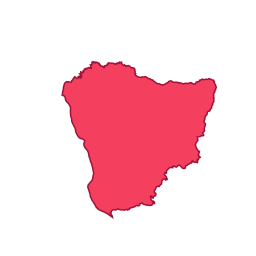 the district of Uruguaiana, Rio Grande do Sul, Brazil, rotated 301°
{"feature_id": "56859067B5224515262933", "entity_name": "Uruguaiana", "entity_type": "district", "adm_level": 2, "iso_a3": "BRA", "parent_name": "Brazil", "parent_adm1": "Rio Grande do Sul", "projection": "equal_earth", "projection_center": [-56.694, -29.802], "detail": "fine", "context": "isolated", "style": "filled", "palette": "rose", "viewbox_px": 256, "rotation_deg": 301, "n_neighbors": 0, "source": "geoboundaries", "source_scale": "gbopen_adm2", "svg_char_len": 5896}
<svg xmlns="http://www.w3.org/2000/svg" viewBox="0 0 256 256"><g transform="rotate(301 128 128)"><path d="M166.9,66.6L166.9,65.9L167.2,65.2L167.0,64.2L166.7,64.5L166.3,63.9L165.3,64.3L165.3,63.5L164.4,64.2L163.8,64.3L163.2,64.0L162.9,63.4L162.6,64.0L162.0,64.0L161.1,64.3L160.8,65.6L160.1,65.7L160.1,65.1L159.7,64.4L159.4,63.0L158.9,62.8L158.2,62.3L157.4,61.2L156.8,61.0L156.8,61.7L156.4,61.4L156.2,60.4L154.9,60.5L154.0,60.2L153.7,60.9L153.2,61.1L152.5,60.2L152.2,60.6L151.8,60.6L151.7,58.6L150.3,59.3L149.8,60.1L149.5,59.3L149.3,60.2L148.9,59.8L148.6,60.3L148.5,60.9L148.6,61.5L148.2,61.9L147.0,61.7L146.9,60.9L146.4,61.4L146.1,60.1L146.4,59.6L147.1,60.0L147.2,59.4L146.5,58.9L146.1,58.9L145.4,59.6L145.0,59.5L144.6,59.1L144.3,58.6L144.3,58.0L144.6,56.8L144.4,55.9L142.7,55.7L140.4,55.8L139.7,55.4L137.9,55.6L137.5,55.2L137.0,53.2L136.3,51.9L135.7,51.3L134.5,50.8L133.3,50.7L129.4,51.8L127.6,52.8L126.3,53.0L123.6,54.2L122.3,54.5L122.3,55.3L122.6,56.3L122.3,57.9L119.8,60.2L118.8,62.2L118.6,63.5L118.2,64.8L117.3,66.3L116.2,68.0L114.8,68.9L113.0,69.8L110.4,71.5L108.8,72.8L106.6,75.1L104.6,76.5L101.9,80.5L100.7,82.7L97.6,85.5L96.4,87.2L95.1,89.6L94.6,91.2L94.5,92.6L94.9,93.5L95.2,95.0L95.1,96.6L94.7,97.6L91.9,98.2L90.4,99.2L88.8,101.6L88.2,103.6L87.5,105.3L85.7,107.6L84.0,108.8L83.0,109.9L82.2,111.1L80.5,112.7L78.6,115.1L76.1,117.8L71.4,122.0L68.6,122.9L65.7,124.0L64.5,124.1L58.6,123.2L56.6,124.0L51.9,129.5L49.9,131.0L47.6,134.4L45.2,139.2L43.7,141.7L43.0,144.5L43.2,147.4L43.8,151.1L43.9,154.5L43.5,160.7L44.5,159.8L45.2,158.2L45.6,157.8L45.9,156.6L46.3,157.0L46.8,157.1L47.4,156.7L48.7,156.6L50.2,157.3L50.9,158.4L51.3,159.4L51.7,160.0L53.4,160.8L53.6,162.2L54.2,164.1L55.1,165.6L55.7,167.1L57.7,168.9L57.4,169.8L59.0,171.0L59.7,170.5L64.0,174.3L66.1,175.2L66.2,175.9L66.5,176.7L67.3,177.7L68.2,177.6L68.6,177.1L71.0,178.6L70.9,179.1L70.6,180.3L71.3,183.1L73.1,187.1L74.1,188.0L75.1,188.5L75.4,188.3L76.2,188.2L76.8,188.3L76.9,189.4L77.3,189.5L77.7,189.3L78.3,188.2L78.3,187.6L77.5,187.9L77.4,187.2L77.9,186.7L78.0,185.8L78.6,184.6L79.3,183.7L79.7,183.6L80.8,182.6L81.4,182.7L81.7,183.3L81.0,183.6L80.7,185.1L80.9,185.6L82.3,185.1L84.1,186.4L84.7,186.4L86.0,185.8L86.3,185.3L86.3,184.7L86.4,184.0L87.0,183.2L87.8,183.0L89.7,183.0L91.7,182.7L92.6,182.9L93.2,183.3L94.0,184.9L94.7,184.8L95.2,184.9L97.1,185.5L98.6,185.1L99.7,184.4L100.5,184.2L102.6,184.7L103.3,185.8L102.8,187.2L103.3,187.3L103.8,186.8L104.3,187.0L104.3,187.8L105.2,186.9L106.2,185.4L106.5,184.2L106.6,183.5L106.9,183.0L107.9,183.1L108.6,182.8L108.9,184.0L109.3,184.2L110.1,183.5L111.1,183.3L112.1,183.2L113.3,183.5L114.6,183.9L115.9,184.5L116.2,185.0L116.7,186.3L117.1,186.8L117.6,186.6L117.9,186.1L118.4,186.1L118.7,186.5L119.0,187.3L119.2,189.2L119.5,189.7L122.2,190.5L122.5,191.3L122.6,191.9L122.1,194.1L121.8,194.6L121.7,195.2L121.9,196.4L122.7,197.5L123.1,197.7L125.2,197.0L127.1,198.2L127.8,198.4L128.6,198.9L129.5,199.1L130.8,200.5L131.4,200.6L131.9,200.1L132.4,199.9L133.0,200.0L133.1,200.7L132.7,202.2L133.8,204.3L134.1,205.3L134.9,205.1L135.8,203.9L136.3,203.6L136.7,203.8L136.7,204.5L137.3,204.6L139.1,204.1L140.0,205.0L140.4,204.2L140.9,202.3L141.2,202.1L142.0,202.1L144.6,201.3L144.7,200.7L144.6,199.8L145.2,198.6L146.0,197.3L146.2,196.6L148.2,194.6L149.0,194.2L149.5,194.3L150.0,194.0L150.5,193.9L152.7,194.3L153.7,194.1L156.0,192.0L157.6,193.9L158.3,194.5L159.0,194.7L160.0,196.3L160.6,196.7L161.2,196.2L161.9,194.7L162.5,194.5L164.2,195.0L165.3,195.0L165.8,194.2L166.5,193.7L169.9,192.9L170.5,192.5L171.3,192.5L171.8,191.6L172.1,190.2L172.6,190.0L173.2,189.4L174.5,189.5L175.1,189.4L176.1,188.5L177.1,188.5L177.8,188.3L178.5,188.3L180.0,188.8L180.7,188.5L181.3,188.3L182.1,187.9L183.0,187.9L183.7,188.3L184.5,189.1L185.3,189.3L185.8,189.0L186.4,189.0L186.9,189.2L188.6,189.2L190.1,188.2L190.8,188.5L191.6,188.6L192.6,187.8L194.4,188.1L195.9,187.4L196.5,186.8L197.3,186.6L197.7,185.9L198.6,185.9L199.1,185.1L200.1,184.8L201.3,183.8L202.3,183.7L203.0,183.9L203.5,183.4L203.9,183.7L204.3,183.4L205.8,183.1L206.5,183.3L207.0,182.8L208.4,182.7L209.2,181.5L209.9,181.0L210.0,180.4L210.9,179.3L211.3,178.4L212.1,178.4L213.0,176.7L212.6,176.5L212.5,174.0L212.2,173.0L212.2,172.4L211.7,171.8L210.6,171.2L210.2,170.0L209.4,169.1L208.9,168.8L208.3,167.4L208.1,166.4L206.8,165.7L206.1,165.6L205.8,164.8L205.3,165.0L204.4,164.8L203.5,163.8L202.9,163.5L202.6,162.9L200.9,162.9L200.0,162.6L199.5,161.8L199.5,160.7L199.3,159.9L199.4,159.0L199.0,158.7L199.0,158.1L197.4,156.7L196.9,156.5L196.5,155.8L196.5,155.1L195.2,153.4L194.6,153.1L194.2,152.5L194.2,152.0L193.9,151.4L193.7,149.8L193.5,149.1L192.7,148.3L192.7,147.1L192.5,146.5L191.8,145.4L191.5,144.8L190.5,143.3L190.4,142.6L190.7,141.2L190.6,140.7L189.9,139.8L189.1,139.1L187.4,138.7L185.8,137.6L184.1,137.0L183.1,135.8L182.3,134.3L182.0,133.5L182.2,132.5L181.7,131.6L181.1,130.2L181.1,129.6L181.4,127.2L181.4,126.1L181.9,124.5L181.4,123.6L181.4,122.4L181.6,121.8L181.3,121.2L180.9,119.3L181.1,116.8L180.1,115.6L179.6,115.2L179.3,114.0L177.8,112.8L177.0,110.3L176.9,109.5L177.1,108.6L177.0,107.2L177.4,106.8L177.9,106.6L178.4,106.7L178.4,106.0L178.8,105.6L179.8,105.3L180.5,104.4L181.5,104.0L181.7,102.8L182.4,102.8L182.1,101.1L181.4,99.9L181.4,99.1L181.9,97.1L181.8,96.4L180.7,94.9L179.8,94.7L179.6,94.2L180.2,93.3L180.3,92.4L179.8,92.3L179.4,92.0L179.5,90.8L180.5,88.1L180.2,87.1L179.8,87.4L179.5,88.0L179.6,86.9L179.2,86.4L178.5,86.6L178.1,85.3L177.0,84.5L176.6,84.8L176.5,84.1L176.0,83.7L175.7,83.2L176.1,82.4L175.4,81.3L175.1,80.5L173.9,78.5L173.8,77.6L172.7,77.7L172.1,78.0L171.7,77.3L171.3,77.6L170.3,77.3L169.6,76.1L168.9,75.9L168.4,75.6L168.4,76.2L167.8,76.5L167.4,75.9L167.7,74.4L167.7,73.7L167.3,73.5L167.2,72.6L167.8,71.5L167.3,71.1L167.7,70.5L168.2,70.6L168.5,70.2L168.1,68.8L168.5,68.6L168.5,68.0L168.1,67.5L168.0,66.7L167.6,66.9L166.9,66.6ZM180.5,88.1L180.8,88.8L181.1,88.6L180.5,88.1Z" fill="#f43f5e" stroke="#9f1239" stroke-width="1.5"/></g></svg>